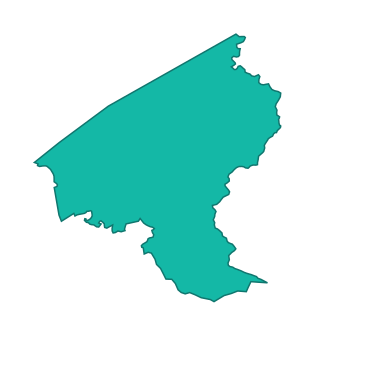 outline of Kulim, Kedah, Malaysia, rotated 59°
{"feature_id": "92858781B36918447122584", "entity_name": "Kulim", "entity_type": "district", "adm_level": 2, "iso_a3": "MYS", "parent_name": "Malaysia", "parent_adm1": "Kedah", "projection": "robinson", "projection_center": [100.682, 5.403], "detail": "fine", "context": "isolated", "style": "filled", "palette": "teal", "viewbox_px": 384, "rotation_deg": 59, "n_neighbors": 0, "source": "geoboundaries", "source_scale": "gbopen_adm2", "svg_char_len": 3479}
<svg xmlns="http://www.w3.org/2000/svg" viewBox="0 0 384 384"><g transform="rotate(59 192 192)"><path d="M308.7,174.1L302.4,177.9L300.0,179.9L297.7,180.3L295.5,182.1L293.5,183.6L291.6,185.4L289.6,187.2L287.7,188.7L284.9,190.5L281.8,192.9L279.7,194.7L277.4,195.8L275.3,198.0L273.5,198.6L271.4,197.7L269.3,194.9L265.4,193.3L264.3,189.1L264.1,185.8L263.3,183.7L260.2,183.9L257.5,184.3L256.2,185.4L254.1,186.9L252.1,187.2L249.3,186.3L246.9,187.8L245.3,188.5L242.5,187.4L239.1,188.3L236.8,189.2L234.9,190.7L231.7,189.8L229.9,188.3L226.8,188.1L224.7,185.2L222.7,183.7L221.1,181.5L219.0,181.5L216.2,182.3L214.0,181.4L215.3,177.2L214.6,173.3L213.5,170.7L212.5,168.0L212.7,165.2L213.0,161.8L211.2,159.7L209.3,159.7L206.7,160.1L203.7,160.5L202.3,159.7L202.3,157.2L201.8,154.4L199.7,153.3L197.6,153.5L195.8,151.1L195.5,147.3L194.5,144.2L194.0,141.2L194.3,138.7L195.8,136.1L197.1,134.6L198.9,133.7L200.5,131.7L200.2,130.2L199.7,128.6L200.3,125.8L201.9,123.3L202.3,121.8L200.5,120.7L198.4,118.7L195.6,116.5L195.1,113.7L194.7,111.4L194.2,109.7L192.8,108.2L191.7,107.0L190.2,106.4L189.3,106.0L188.6,104.9L187.0,101.7L186.6,100.7L185.8,99.5L185.5,98.0L185.5,96.2L185.6,94.2L184.7,92.8L184.1,91.9L183.9,90.3L184.6,89.0L183.4,87.4L183.2,86.7L182.8,84.9L182.4,83.3L181.8,82.4L180.7,81.9L180.2,82.6L177.8,82.0L175.6,80.9L174.4,80.4L173.5,79.0L172.7,78.2L169.6,79.6L167.3,78.4L165.6,77.0L161.8,76.7L159.7,74.4L157.9,70.7L155.9,67.3L152.9,65.0L150.3,66.4L147.8,69.0L145.3,70.7L142.0,71.0L138.7,70.7L137.7,73.3L136.9,75.6L135.1,77.6L132.6,78.4L131.2,77.5L130.0,76.7L128.0,74.4L125.7,74.7L125.2,79.0L123.2,81.0L120.7,81.6L118.4,83.6L116.6,84.7L114.3,83.7L111.7,84.6L110.2,85.0L108.6,85.7L108.1,87.7L109.3,89.6L109.6,91.2L108.8,92.7L106.8,93.2L105.0,93.8L104.9,90.7L104.6,88.8L103.4,88.5L99.0,89.6L97.4,88.8L97.1,86.5L99.2,84.3L99.8,82.4L99.2,80.8L97.6,79.9L95.8,78.6L94.0,76.9L92.9,78.6L91.1,79.1L88.3,77.7L89.3,73.1L89.5,70.5L88.3,68.3L87.0,66.7L85.6,67.2L84.1,69.8L83.1,71.6L79.3,73.0L76.6,172.4L75.3,219.5L81.2,280.0L85.5,311.9L88.6,309.5L89.8,310.8L91.6,309.5L92.8,306.5L94.0,304.3L95.0,303.2L96.9,302.5L99.8,301.6L102.3,301.6L105.0,301.6L107.3,302.1L109.2,303.1L112.2,304.9L114.9,303.8L116.4,303.6L117.7,304.9L117.4,306.7L117.2,307.8L143.3,317.9L149.8,319.0L149.5,304.3L152.3,304.7L152.4,302.3L153.1,300.1L154.2,297.2L154.9,295.2L155.0,293.5L154.4,292.2L155.2,290.6L155.8,288.6L156.8,288.0L159.6,289.1L161.2,290.0L162.2,291.7L162.7,293.5L162.7,294.8L162.7,296.1L161.5,297.2L160.4,296.8L159.7,297.6L160.9,298.8L163.6,298.1L164.9,296.6L167.0,296.1L168.2,295.0L169.5,293.2L172.7,291.7L174.0,290.0L172.6,286.4L171.3,287.5L170.5,288.0L169.6,286.2L169.8,284.9L172.1,284.0L174.0,283.6L175.8,284.5L177.4,285.1L179.1,283.6L179.2,280.7L179.4,277.0L182.3,279.4L184.3,280.5L186.5,280.7L187.3,278.5L187.3,275.6L189.6,273.2L190.6,269.3L189.1,269.0L187.0,266.8L185.4,264.9L189.4,253.0L188.0,250.1L193.7,249.4L196.3,248.3L198.1,247.2L200.2,245.7L201.9,243.9L203.9,243.1L204.4,244.6L204.2,246.2L206.5,246.8L208.9,246.8L210.6,248.6L210.1,250.5L209.6,251.7L209.4,253.6L210.7,255.2L211.4,256.3L211.4,261.3L212.0,263.1L213.6,263.5L214.4,262.6L215.1,262.7L220.5,264.9L221.1,260.6L223.5,258.3L230.6,258.3L235.8,259.7L241.3,258.3L248.5,258.8L253.2,259.2L256.4,254.3L261.9,253.4L268.7,254.3L272.6,253.0L275.8,250.3L277.0,245.8L281.8,242.2L287.3,238.6L293.6,231.7L297.3,229.6L297.3,217.8L299.2,210.8L300.4,203.8L305.4,196.8L302.9,193.3L299.2,187.7L308.7,174.1Z" fill="#14b8a6" stroke="#0f766e" stroke-width="1.5"/></g></svg>